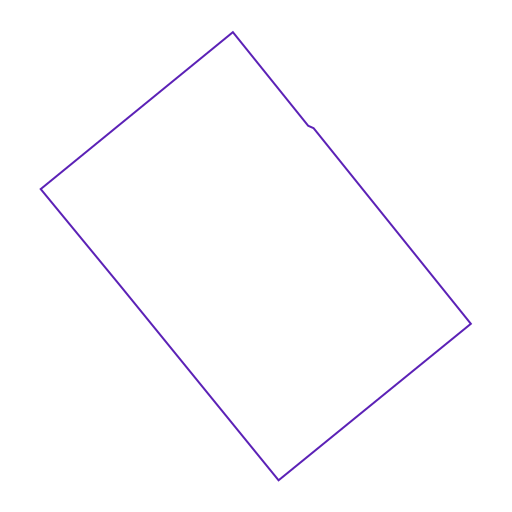 outline of Antelope, Nebraska, United States of America, rotated 141°
{"feature_id": "52423323B82245570198115", "entity_name": "Antelope", "entity_type": "district", "adm_level": 2, "iso_a3": "USA", "parent_name": "United States of America", "parent_adm1": "Nebraska", "projection": "orthographic", "projection_center": [-98.066, 42.176], "detail": "fine", "context": "isolated", "style": "outline", "palette": "violet", "viewbox_px": 512, "rotation_deg": 141, "n_neighbors": 0, "source": "geoboundaries", "source_scale": "gbopen_adm2", "svg_char_len": 260}
<svg xmlns="http://www.w3.org/2000/svg" viewBox="0 0 512 512"><g transform="rotate(141 256 256)"><path d="M381.2,443.5L380.2,318.4L379.6,67.5L131.7,68.1L130.8,319.1L133.5,324.4L133.1,444.5L381.2,443.5Z" fill="none" stroke="#5b21b6" stroke-width="2"/></g></svg>